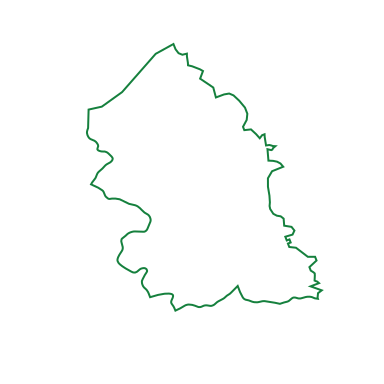 the District of Podunavski, rotated 339°
{"feature_id": "SRB-831", "entity_name": "Podunavski", "entity_type": "District", "adm_level": 1, "iso_a3": "SRB", "parent_name": "Republic of Serbia", "parent_adm1": "", "projection": "natural_earth1", "projection_center": [20.92, 44.453], "detail": "fine", "context": "isolated", "style": "outline", "palette": "green", "viewbox_px": 384, "rotation_deg": 339, "n_neighbors": 0, "source": "natural_earth", "source_scale": "10m", "svg_char_len": 3786}
<svg xmlns="http://www.w3.org/2000/svg" viewBox="0 0 384 384"><g transform="rotate(339 192 192)"><path d="M125.0,78.0L138.4,80.0L162.5,73.7L207.6,50.0L227.7,47.2L227.8,52.9L229.2,57.6L232.2,60.4L236.8,61.0L235.9,63.4L234.5,69.8L233.7,72.3L237.2,74.7L243.4,80.3L245.6,83.0L240.2,89.1L249.3,102.1L248.2,112.3L256.9,112.4L262.0,113.4L265.4,116.7L268.8,123.7L271.7,132.2L271.7,138.8L268.9,144.3L263.0,149.4L263.0,153.0L269.5,154.7L272.6,161.0L274.5,166.1L277.8,164.1L280.4,164.1L279.6,166.6L277.8,175.1L281.0,175.8L282.6,176.9L284.0,178.1L286.2,179.1L283.4,180.1L282.2,181.2L281.0,181.3L277.8,179.1L274.6,190.1L278.9,192.0L282.3,194.2L284.8,197.1L286.2,201.1L274.2,201.3L267.8,206.4L264.8,214.3L263.0,223.1L261.0,229.6L259.4,232.9L258.9,235.9L260.1,241.5L262.7,244.5L266.1,246.5L268.0,249.7L266.0,256.5L272.4,260.2L273.8,264.7L270.6,267.8L263.1,267.2L263.1,271.2L266.0,271.2L266.0,274.5L263.1,274.5L263.1,278.2L269.1,281.3L276.9,294.0L283.7,296.6L283.7,300.6L274.7,304.2L274.7,307.9L276.7,310.6L277.4,312.0L276.7,314.1L274.7,318.6L276.0,319.9L276.5,320.2L276.9,320.7L277.9,322.6L268.9,322.6L277.9,330.3L273.4,331.6L271.4,335.6L271.3,336.8L268.6,335.3L266.4,333.2L265.7,332.7L264.3,331.9L262.0,331.1L260.5,330.8L256.2,330.4L254.9,330.2L253.8,329.8L252.9,329.3L250.8,327.7L249.8,327.2L248.8,326.9L248.3,326.9L247.1,327.1L243.7,328.3L242.8,328.5L241.5,328.5L238.2,328.1L234.0,327.9L229.7,325.1L220.7,319.9L218.7,319.2L214.5,318.6L213.2,318.3L210.5,317.1L208.9,316.0L206.1,313.5L203.4,311.7L202.5,310.7L201.9,309.5L201.6,308.3L201.0,302.7L201.0,296.1L192.8,299.8L190.8,300.6L187.4,301.3L184.0,302.6L182.5,302.9L177.5,303.5L176.0,303.8L172.5,305.1L171.3,305.3L170.0,305.3L169.1,305.2L168.3,304.9L165.9,303.5L164.7,302.9L163.7,302.6L162.7,302.4L161.5,302.4L159.8,302.5L158.6,302.4L157.7,302.1L156.8,301.7L156.1,301.1L154.0,299.2L151.8,297.5L149.9,296.5L148.1,295.7L146.8,295.5L145.4,295.4L144.0,295.6L139.2,296.4L134.0,296.8L133.9,293.5L133.7,292.0L132.9,288.7L133.0,287.6L133.4,286.7L134.0,285.9L136.0,283.9L136.9,282.7L137.2,281.9L137.2,281.2L136.9,280.6L136.4,280.0L135.4,279.3L134.1,278.6L131.0,277.5L129.7,277.1L123.4,275.9L115.2,275.2L115.2,271.4L115.1,269.6L114.6,267.3L114.0,265.9L113.0,263.9L112.6,262.4L112.5,260.9L112.6,259.4L113.0,258.0L113.3,257.2L114.6,255.8L118.2,252.6L120.7,250.8L121.6,250.0L121.9,249.3L121.9,248.6L121.8,247.6L121.1,246.6L120.1,245.9L119.2,245.6L118.2,245.4L116.9,245.3L115.6,245.5L112.2,246.7L111.0,246.8L110.1,246.8L109.2,246.5L108.1,245.9L106.9,244.7L102.6,239.5L100.3,236.3L99.0,234.1L98.4,232.9L98.0,231.8L97.8,229.9L98.0,228.8L98.7,227.6L99.6,226.5L101.7,224.6L105.4,221.9L106.4,221.0L107.1,219.9L107.6,218.6L108.1,214.1L108.3,212.7L108.8,211.7L109.4,210.8L110.1,210.4L114.2,209.1L116.9,208.0L118.5,207.7L120.1,207.6L121.8,207.7L123.5,208.0L124.4,208.3L132.2,211.6L133.4,212.0L134.5,211.9L135.2,211.7L136.4,211.1L137.4,210.2L142.6,204.7L143.3,203.5L143.6,202.4L143.7,201.2L143.7,200.0L143.4,198.8L143.1,197.9L142.6,197.1L140.3,194.2L138.6,190.7L137.6,188.4L136.1,185.9L135.2,184.9L134.2,184.0L129.0,180.5L121.9,172.9L118.3,170.8L115.0,169.5L112.7,169.0L111.9,168.6L111.1,167.8L109.8,165.3L109.6,164.2L109.5,160.2L109.3,159.2L108.7,158.1L106.0,154.4L100.5,148.7L102.2,147.3L106.4,144.7L107.2,144.1L109.9,141.2L111.0,140.3L112.2,139.7L116.8,138.0L120.2,136.3L121.2,135.9L122.3,135.6L126.4,135.0L127.4,134.6L128.3,134.2L129.2,133.5L129.9,132.5L130.0,131.5L129.6,130.0L127.9,126.3L127.3,125.2L126.8,124.5L126.2,123.9L125.1,123.0L122.2,121.8L121.1,121.1L120.1,120.3L119.3,119.4L119.0,118.5L119.0,118.1L119.5,117.3L120.2,116.4L120.9,115.5L121.1,114.3L120.9,112.7L120.3,110.8L119.3,109.2L116.2,106.2L115.5,105.1L115.1,104.0L114.9,102.7L114.8,101.4L115.1,99.2L115.7,97.9L116.6,96.6L117.9,95.1L125.0,78.0Z" fill="none" stroke="#15803d" stroke-width="2"/></g></svg>